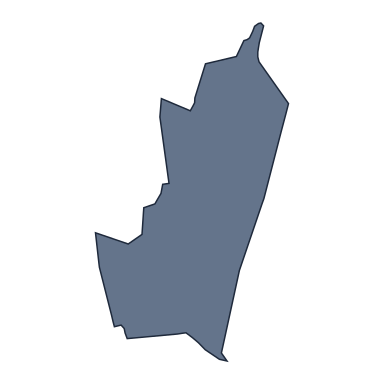 the district of Cerro Corá, Rio Grande do Norte, Brazil
{"feature_id": "56859067B25241393300529", "entity_name": "Cerro Corá", "entity_type": "district", "adm_level": 2, "iso_a3": "BRA", "parent_name": "Brazil", "parent_adm1": "Rio Grande do Norte", "projection": "equal_earth", "projection_center": [-36.335, -5.976], "detail": "fine", "context": "isolated", "style": "filled", "palette": "slate", "viewbox_px": 384, "rotation_deg": 0, "n_neighbors": 0, "source": "geoboundaries", "source_scale": "gbopen_adm2", "svg_char_len": 818}
<svg xmlns="http://www.w3.org/2000/svg" viewBox="0 0 384 384"><path d="M99.4,267.3L111.7,315.8L113.0,321.4L114.4,326.7L121.1,325.1L124.2,328.5L125.1,333.0L127.2,338.6L177.6,334.0L182.8,333.2L186.0,332.8L192.4,337.6L198.4,342.7L205.2,349.7L219.4,359.3L227.0,361.0L221.4,353.0L239.4,270.4L262.1,203.6L263.9,198.6L281.1,131.9L286.1,113.0L288.5,103.6L259.0,61.8L257.8,56.9L257.8,52.0L258.5,47.5L259.3,42.6L261.1,35.6L263.6,25.9L260.9,23.0L258.5,23.5L254.6,26.3L252.7,31.4L249.6,37.9L247.0,39.7L243.9,40.6L236.4,56.5L205.5,63.8L194.9,97.9L194.6,102.8L193.0,105.9L190.3,110.8L161.4,98.6L159.9,117.0L169.0,183.4L162.7,184.3L161.0,193.4L157.7,199.0L154.9,203.9L143.8,207.7L143.4,213.3L143.2,216.6L142.0,234.4L128.2,244.0L113.0,238.8L95.5,232.8L98.8,262.3L99.4,267.3Z" fill="#64748b" stroke="#1e293b" stroke-width="1.5"/></svg>